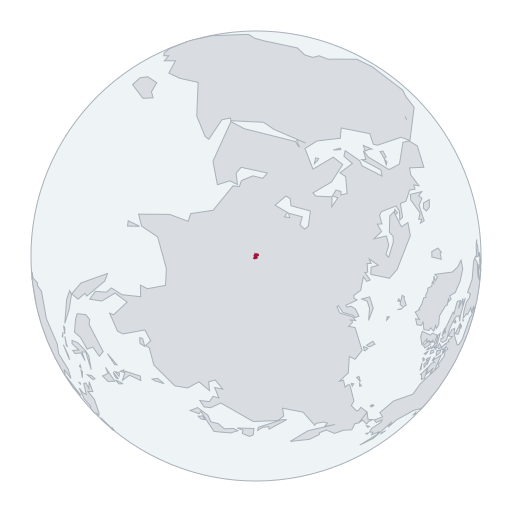 Namangan on an orthographic globe, rotated 121°
{"feature_id": "UZB-365", "entity_name": "Namangan", "entity_type": "Region", "adm_level": 1, "iso_a3": "UZB", "parent_name": "Uzbekistan", "parent_adm1": "", "projection": "orthographic", "projection_center": [71.207, 41.083], "detail": "fine", "context": "on_globe", "style": "filled", "palette": "rose", "viewbox_px": 512, "rotation_deg": 121, "n_neighbors": 0, "source": "natural_earth", "source_scale": "10m", "svg_char_len": 12081}
<svg xmlns="http://www.w3.org/2000/svg" viewBox="0 0 512 512"><g transform="rotate(121 256 256)"><circle cx="256" cy="256" r="225" fill="#eef3f6" stroke="#a8b0b8"/><path d="M297.4,34.6L297.1,34.5L295.9,34.3L297.4,34.6ZM292.2,33.7L291.9,33.6L297.6,34.8L301.5,35.8L306.8,41.1L324.0,51.1L334.7,54.6L328.2,54.1L352.0,61.6L364.7,69.7L347.1,60.5L342.8,59.7L349.8,64.8L346.8,65.1L348.5,68.0L344.4,68.1L334.4,63.4L331.6,63.5L336.7,67.2L335.8,70.2L328.7,64.6L326.4,69.2L309.3,63.3L293.7,50.4L280.9,49.3L256.1,42.3L255.1,44.0L245.1,43.1L240.1,44.9L236.9,43.6L235.8,46.2L239.6,47.1L240.4,48.6L237.9,49.9L233.3,48.3L234.0,47.5L231.3,47.7L230.1,46.4L229.3,47.8L224.1,46.1L225.4,49.8L218.1,50.1L215.7,48.4L220.9,46.0L228.5,37.9L227.7,36.5L221.2,36.3L198.5,41.0L195.5,40.8L187.8,42.4L187.1,43.4L192.9,42.6L189.7,45.3L197.2,44.5L197.0,45.7L202.6,46.5L196.3,49.3L187.1,51.9L182.1,51.6L177.9,52.9L178.3,55.9L164.7,58.7L148.4,66.7L145.4,67.4L147.7,63.0L158.8,55.5L161.8,52.0L154.3,57.5L147.1,60.1L143.6,62.1L140.8,64.2L141.3,64.6L137.7,66.4L143.7,61.1L147.1,59.3L145.2,60.9L150.4,57.6L154.4,55.0L150.9,56.7L165.5,49.7L180.5,43.7L196.0,38.9L211.7,35.1L227.7,32.5L243.8,31.0L260.0,30.8L276.2,31.6L292.2,33.7ZM303.7,36.2L298.0,34.9L293.9,33.9L299.0,34.9L303.7,36.2ZM311.0,39.4L307.5,38.5L308.6,37.9L310.3,38.6L311.0,39.4ZM343.0,57.4L338.9,54.9L343.9,57.3L343.0,57.4ZM349.5,68.4L351.6,69.1L351.6,70.4L349.5,68.4ZM205.7,45.0L204.1,45.7L203.9,45.1L205.7,45.0ZM209.6,44.7L210.3,43.6L212.3,43.3L211.8,44.0L209.6,44.7ZM345.3,71.9L344.6,73.9L343.6,70.9L345.3,71.9ZM208.1,46.2L215.7,43.0L219.1,42.6L220.0,45.2L208.1,46.2ZM343.1,74.6L341.7,80.1L346.2,82.0L332.6,80.4L338.3,75.9L336.3,71.8L340.0,74.3L343.1,74.6ZM242.0,46.9L237.7,45.9L243.6,45.6L242.0,46.9ZM245.5,46.3L262.5,44.0L267.5,46.3L260.8,46.4L269.1,48.9L263.2,51.1L257.3,50.3L255.3,48.2L254.6,50.7L245.5,46.3ZM325.3,78.9L323.4,79.7L323.4,78.0L325.3,78.9ZM241.2,49.3L244.2,48.4L248.7,50.3L243.5,52.4L243.7,51.1L241.2,49.3ZM274.2,48.6L276.7,50.6L272.5,52.9L272.9,54.0L263.5,51.4L274.2,48.6ZM241.4,51.3L240.8,53.4L236.3,53.8L238.6,50.3L241.4,51.3ZM252.0,50.0L253.9,51.1L251.2,51.1L252.0,50.0ZM220.2,56.9L223.7,55.5L226.3,56.3L220.2,56.9ZM240.9,54.2L242.4,54.1L243.8,54.4L242.5,55.9L240.9,54.2ZM261.3,53.3L259.0,54.0L264.9,54.5L262.1,56.5L256.3,54.5L257.6,56.2L256.7,56.9L253.0,54.6L261.3,53.3ZM245.6,58.3L237.2,56.9L230.2,59.1L227.6,58.3L239.4,55.0L245.6,58.3ZM250.2,56.2L246.8,57.3L245.3,55.6L246.8,54.0L250.2,56.2ZM262.2,58.7L268.1,56.1L269.1,56.7L262.2,58.7ZM243.8,59.2L245.8,59.5L243.5,59.5L243.8,59.2ZM256.9,59.1L258.8,58.1L260.0,58.7L256.9,59.1ZM248.3,61.3L245.6,60.7L246.6,59.5L248.3,61.3ZM252.5,60.5L253.6,61.7L248.5,59.3L253.1,59.9L252.5,60.5ZM257.6,59.9L259.0,60.0L256.7,60.3L257.6,59.9ZM246.3,66.6L239.7,63.9L241.8,61.0L247.9,63.9L246.3,66.6ZM34.0,253.8L38.2,215.7L42.1,209.7L47.1,197.1L77.8,183.5L79.5,192.8L98.3,208.8L99.8,213.0L92.5,221.5L102.4,248.9L111.7,244.4L125.9,262.9L138.6,269.4L152.2,251.9L131.5,240.7L132.9,228.8L153.7,229.4L172.6,239.7L173.8,235.5L166.1,221.3L174.8,216.4L163.9,215.8L165.1,221.4L158.3,221.4L156.9,216.4L160.0,214.7L155.5,210.1L141.7,220.1L141.4,226.9L127.1,221.0L125.2,232.0L119.8,233.8L120.9,216.2L124.1,211.5L122.6,189.1L117.9,193.2L119.0,215.0L116.7,211.5L110.4,218.2L113.4,210.5L113.4,186.4L103.3,180.4L82.9,188.6L78.6,184.1L78.5,174.5L93.5,157.8L101.4,169.8L106.9,164.9L111.8,152.4L113.8,157.4L116.8,154.1L120.4,158.3L131.9,155.7L136.6,159.3L147.3,150.3L151.2,151.2L143.7,156.1L141.0,161.8L153.4,171.4L157.6,171.0L163.6,164.6L166.2,168.4L170.4,161.0L180.6,163.8L171.7,154.5L178.5,147.7L188.0,145.4L188.7,141.7L173.2,145.5L168.5,148.6L167.0,153.9L152.7,162.0L147.1,160.6L156.1,146.4L149.1,143.0L159.1,134.2L194.7,128.1L206.4,130.2L212.6,148.2L206.3,151.5L201.0,146.4L200.2,157.5L203.0,153.5L205.2,156.9L212.3,151.9L214.1,154.2L217.7,145.8L220.8,148.0L218.5,153.3L231.6,148.6L239.7,152.0L241.8,149.9L241.6,146.7L252.0,153.6L253.1,151.8L250.1,148.8L250.2,143.4L254.5,136.8L257.9,139.5L256.8,142.3L259.6,152.5L256.1,160.0L257.9,160.5L261.7,154.7L258.4,142.1L260.0,137.4L262.5,142.9L261.7,140.5L263.6,139.1L268.6,140.4L266.3,134.2L282.2,116.5L293.5,117.9L294.0,124.3L308.7,116.7L320.3,120.0L317.4,117.0L322.6,112.1L319.1,110.9L318.1,109.2L329.8,97.4L335.1,97.3L337.0,90.0L335.6,88.6L331.7,88.2L332.6,80.4L346.2,82.0L348.8,84.9L355.6,84.4L360.4,91.4L367.6,97.3L369.0,106.1L374.6,110.5L376.6,109.9L385.7,115.8L397.3,131.2L378.9,121.4L359.7,101.4L366.8,109.5L362.5,108.7L363.4,112.4L368.6,118.4L370.9,118.4L365.6,135.2L372.8,154.9L378.8,149.8L385.8,152.5L399.3,173.2L400.1,210.5L409.4,216.7L412.1,222.8L408.8,229.7L404.8,220.9L398.5,220.5L396.7,214.8L390.0,223.7L387.2,215.9L383.3,227.1L388.3,231.8L395.3,226.5L393.2,240.1L404.3,246.6L409.1,258.7L402.1,287.3L389.6,300.3L389.6,304.5L382.9,302.6L376.6,313.2L391.3,329.8L391.8,335.9L380.4,352.0L379.7,347.8L361.9,342.7L360.4,357.7L374.0,365.0L378.7,376.3L369.1,375.6L364.1,365.7L357.8,363.5L358.2,351.0L350.3,333.9L340.5,340.1L340.0,332.3L327.8,318.4L313.0,326.3L290.3,350.1L289.3,369.4L280.6,378.2L264.8,351.4L261.2,332.0L253.3,333.8L238.9,316.3L207.6,311.8L205.1,306.0L198.8,307.3L188.9,299.9L185.9,290.2L179.0,289.0L187.6,314.4L195.2,315.7L204.3,308.7L205.0,317.1L214.8,325.8L196.9,341.7L153.7,346.7L152.9,331.5L137.5,281.0L139.9,276.8L140.0,276.2L140.0,275.2L135.1,281.5L133.6,271.6L138.2,305.7L137.5,318.5L153.1,347.4L150.8,348.9L156.8,355.4L180.3,356.6L179.7,361.2L166.5,378.9L137.0,395.0L142.9,412.7L144.1,424.9L130.1,425.6L135.9,435.1L129.3,433.9L131.9,438.2L129.1,439.2L122.9,437.0L107.4,425.3L102.9,421.0L89.7,407.0L69.9,376.6L70.0,369.1L67.1,358.9L56.4,327.8L58.5,317.6L56.5,309.5L51.9,305.1L50.1,295.2L47.6,291.4L35.4,270.8L34.0,253.8ZM61.7,196.9L59.6,200.2L61.7,196.9ZM189.1,261.2L202.7,265.9L202.5,251.2L207.8,251.9L205.8,246.8L202.5,250.1L198.6,236.5L206.6,234.4L208.0,228.3L203.5,226.5L189.4,232.6L194.9,251.9L189.3,256.2L189.1,261.2ZM146.8,60.4L146.2,60.9L142.9,63.1L143.5,62.3L146.8,60.4ZM133.8,72.6L128.2,75.3L132.6,72.6L132.4,71.7L141.4,65.4L144.4,67.5L141.4,67.5L133.8,72.6ZM154.2,58.2L148.2,61.5L154.6,57.8L154.2,58.2ZM129.7,133.1L128.8,137.2L124.2,139.7L118.4,136.5L124.9,132.6L129.7,133.1ZM128.6,142.4L139.1,130.0L143.2,132.0L139.1,132.9L140.7,135.4L134.6,137.6L128.2,152.2L123.8,155.5L115.4,147.0L120.6,147.7L121.1,143.5L128.6,142.4ZM158.8,99.5L163.4,95.5L166.3,104.7L161.6,107.6L155.5,104.2L157.3,98.9L158.8,99.5ZM208.2,51.9L209.8,50.6L211.0,50.9L210.7,52.3L208.2,51.9ZM221.6,56.2L202.6,58.1L203.5,56.6L191.3,60.1L188.8,57.8L196.8,55.4L185.8,56.6L191.9,53.6L184.2,54.9L202.2,50.0L207.3,47.7L202.5,51.1L204.7,53.2L207.2,53.5L218.0,52.7L230.0,49.4L234.1,51.5L233.8,53.8L231.5,54.9L229.6,53.1L227.9,55.9L223.4,54.2L221.6,56.2ZM227.5,86.9L226.2,83.2L222.1,90.7L217.6,88.1L217.4,89.2L212.1,89.0L205.3,90.7L204.0,89.1L201.9,90.5L198.3,90.6L195.0,92.1L191.5,89.8L187.2,91.6L188.0,89.5L181.5,93.2L184.8,89.5L180.5,89.6L179.6,93.2L168.7,79.5L161.6,77.5L153.9,78.1L160.5,72.2L171.9,68.2L184.6,66.4L190.5,69.5L192.4,66.6L195.8,67.3L192.9,69.3L199.4,66.8L201.4,68.0L212.7,67.9L220.9,64.0L225.2,64.1L223.0,66.3L228.9,64.9L227.7,69.2L230.8,69.5L232.6,74.2L226.6,78.7L230.5,78.7L232.1,82.6L227.5,86.9ZM246.6,68.0L240.4,73.3L234.9,74.6L234.0,65.8L231.3,65.0L230.5,60.0L238.6,58.2L238.1,59.8L239.4,60.9L236.4,61.0L239.9,61.8L239.3,64.1L241.8,65.4L239.1,66.7L246.6,68.0ZM104.7,211.8L106.4,214.1L109.8,216.5L105.9,221.0L104.7,211.8ZM104.3,195.4L106.4,196.4L102.5,203.4L100.7,201.2L104.3,195.4ZM110.8,191.3L106.8,195.9L107.9,192.1L110.8,191.3ZM145.9,156.8L148.5,157.8L147.5,159.5L144.6,161.0L145.9,156.8ZM214.4,110.5L214.5,107.7L216.1,107.4L220.7,101.9L224.4,103.7L223.1,107.7L214.4,110.5ZM146.8,253.5L141.2,255.4L140.1,252.5L142.3,252.4L146.8,253.5ZM121.1,238.1L125.4,244.3L120.0,239.3L121.1,238.1ZM219.2,111.5L220.7,109.0L221.6,111.4L219.2,111.5ZM227.4,104.8L229.1,107.2L225.4,103.3L227.4,104.8ZM250.0,481.2L251.0,481.2L250.0,481.2ZM179.1,434.2L172.6,450.1L162.8,447.1L158.1,441.0L158.6,430.3L169.1,430.2L173.4,425.7L179.1,434.2ZM420.5,382.3L424.9,380.0L424.6,380.8L420.5,382.3ZM416.0,382.9L421.3,379.8L414.8,385.1L416.0,382.9ZM423.3,378.5L428.7,373.5L431.0,370.8L430.4,372.5L423.3,378.5ZM412.2,385.2L390.6,396.0L381.6,397.9L384.0,394.3L398.5,388.5L412.2,385.2ZM383.3,394.5L369.2,392.1L347.5,374.3L355.3,372.7L377.5,380.4L376.1,383.3L384.7,386.3L383.3,394.5ZM416.2,364.4L414.7,372.4L403.1,378.1L397.6,379.6L393.9,371.8L396.0,365.9L400.6,363.9L416.7,337.7L422.6,338.7L418.1,348.9L422.8,352.8L416.2,364.4ZM290.5,371.1L296.5,381.5L291.6,383.7L290.5,371.1ZM421.8,321.4L416.2,333.1L420.9,319.1L421.8,321.4ZM423.8,309.2L424.8,313.0L421.6,310.7L423.8,309.2ZM390.7,310.4L385.9,313.6L385.1,310.6L390.8,304.9L390.7,310.4ZM412.7,269.0L415.0,278.0L415.0,281.6L411.6,277.3L412.7,269.0ZM253.2,126.3L242.6,131.6L237.4,137.3L238.4,143.2L232.5,137.5L240.4,128.6L253.2,126.3ZM278.3,117.2L277.4,112.6L280.8,113.5L281.4,114.6L278.3,117.2ZM275.6,115.3L268.9,111.9L270.3,108.6L275.4,111.9L275.6,115.3ZM243.7,111.0L240.3,112.3L239.6,110.2L243.7,111.0ZM412.3,418.2L390.5,436.5L385.0,439.8L389.8,435.7L391.7,429.3L393.8,428.3L396.7,421.7L417.7,403.4L433.7,381.1L441.4,374.8L449.6,358.9L456.3,351.5L452.1,362.0L456.4,358.2L465.7,334.1L463.2,344.4L455.5,360.7L446.4,376.3L436.2,391.2L424.8,405.2L412.3,418.2ZM431.3,375.4L438.0,365.4L441.0,362.4L431.3,375.4ZM472.9,312.0L473.7,313.7L471.8,319.4L470.1,320.1L466.7,330.1L460.2,339.5L462.4,333.9L462.0,330.2L454.0,338.0L452.4,336.5L455.7,330.9L449.7,334.3L456.3,326.0L458.6,330.2L462.1,320.7L467.2,314.8L471.4,309.7L473.8,308.5L472.9,312.0ZM455.4,341.2L456.5,340.0L455.3,343.1L455.4,341.2ZM478.6,290.5L478.6,290.8L478.8,288.4L478.9,288.6L478.6,290.5ZM474.5,305.9L477.5,293.1L478.0,291.5L475.8,302.7L474.5,305.9ZM477.2,291.2L478.2,288.6L478.4,290.0L478.1,291.6L477.2,291.2ZM442.0,348.4L441.6,350.5L439.8,350.7L442.0,348.4ZM444.6,345.1L449.9,342.1L443.9,347.2L444.6,345.1ZM426.0,352.5L427.8,355.8L433.8,348.7L429.2,356.2L432.8,360.8L431.3,364.5L427.8,359.3L425.8,368.6L423.1,370.2L422.1,364.1L425.0,353.4L427.7,347.9L438.3,338.7L426.0,352.5ZM444.7,339.5L443.2,335.4L444.2,330.7L445.9,332.2L444.7,339.5ZM437.8,325.7L432.8,322.3L429.0,327.7L436.1,312.5L439.8,318.3L437.8,325.7ZM432.5,313.8L429.0,318.8L432.2,310.6L432.5,313.8ZM427.7,317.3L426.5,312.8L429.7,311.4L427.7,317.3ZM434.5,312.6L434.0,304.0L436.2,307.7L434.5,312.6ZM423.3,303.0L431.3,306.4L422.1,308.8L418.5,293.3L422.1,290.5L423.3,303.0ZM423.1,223.1L420.4,219.0L422.7,215.5L424.0,219.3L423.1,223.1ZM428.0,201.6L422.5,213.3L417.6,223.2L420.6,223.6L422.3,232.9L416.0,228.0L417.2,215.3L421.4,209.3L419.1,201.9L420.4,194.1L415.4,186.5L415.0,181.5L420.8,186.7L428.0,201.6ZM413.1,183.5L404.9,168.9L410.8,166.2L414.0,168.7L415.2,176.4L412.0,177.4L413.1,183.5ZM404.7,164.8L401.5,165.7L382.9,149.4L380.4,145.4L397.7,155.6L395.7,157.1L399.2,161.8L404.7,164.8ZM325.6,80.9L323.6,79.8L326.0,79.9L325.6,80.9ZM316.1,108.7L315.2,106.4L318.0,106.4L316.1,108.7ZM314.3,100.1L311.7,101.7L313.0,98.8L314.3,100.1ZM306.1,105.7L310.0,101.8L308.3,107.2L306.1,105.7Z" fill="#d9dde1" stroke="#a8b0b8" stroke-width="1"/><path d="M253.8,254.7L254.3,254.5L254.5,254.5L254.7,254.9L254.7,255.0L254.7,255.3L254.8,255.4L255.0,255.4L255.0,255.5L255.3,255.6L255.5,255.6L255.8,255.7L255.9,255.9L256.0,255.8L255.9,255.7L256.0,255.6L256.1,255.8L256.3,255.8L256.4,255.7L256.6,255.9L256.6,255.7L256.6,255.0L256.8,255.1L257.0,255.1L257.2,254.8L257.3,254.7L257.2,254.5L257.1,254.4L257.2,254.2L257.3,254.2L257.4,254.3L257.4,254.6L257.5,254.6L257.9,255.0L258.0,255.2L258.0,255.4L258.0,255.6L258.3,255.6L258.5,255.6L258.8,255.6L258.9,255.8L258.9,256.1L258.8,256.3L258.9,256.7L258.6,256.7L258.1,256.6L257.9,256.7L257.7,256.7L257.3,256.8L257.2,256.8L257.1,257.0L256.9,257.3L256.6,257.4L256.5,257.5L256.3,257.8L256.2,257.8L256.0,257.7L255.9,257.7L255.7,257.6L255.8,257.3L255.4,257.3L255.3,257.2L255.2,257.2L255.0,257.3L254.9,257.3L254.7,257.5L254.7,257.4L254.3,257.2L254.5,257.2L253.9,256.4L253.8,256.2L253.8,255.9L253.7,255.7L253.7,255.4L253.6,255.2L253.8,254.9L253.8,254.7ZM254.3,256.6L254.3,256.4L254.2,256.3L254.1,256.2L254.1,256.3L254.2,256.5L254.3,256.6L254.3,256.6Z" fill="#f43f5e" stroke="#9f1239" stroke-width="1.5"/></g></svg>